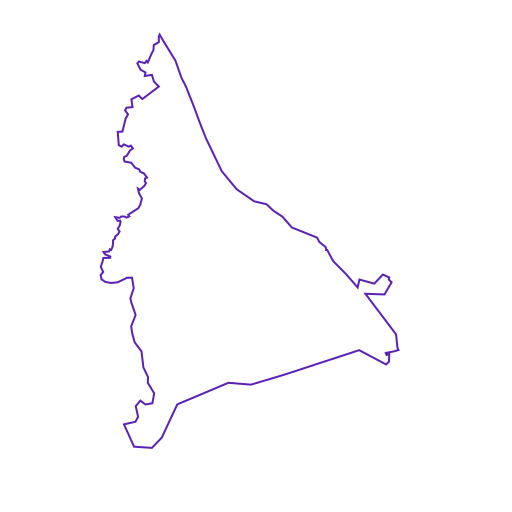 outline of Pachyammos, Nicosia, Cyprus, rotated 188°
{"feature_id": "46923920B29688207074425", "entity_name": "Pachyammos", "entity_type": "district", "adm_level": 2, "iso_a3": "CYP", "parent_name": "Cyprus", "parent_adm1": "Nicosia", "projection": "equal_earth", "projection_center": [32.589, 35.164], "detail": "fine", "context": "isolated", "style": "outline", "palette": "violet", "viewbox_px": 512, "rotation_deg": 188, "n_neighbors": 0, "source": "geoboundaries", "source_scale": "gbopen_adm2", "svg_char_len": 2111}
<svg xmlns="http://www.w3.org/2000/svg" viewBox="0 0 512 512"><g transform="rotate(188 256 256)"><path d="M198.1,282.7L206.1,284.7L224.4,289.2L235.3,298.6L245.3,303.4L252.7,308.7L265.5,309.9L284.4,319.4L301.7,335.2L322.2,366.0L331.2,382.0L337.7,394.2L348.9,414.0L354.4,421.7L363.0,438.3L377.1,455.3L382.2,461.8L382.8,459.7L382.0,454.3L386.6,450.7L386.2,445.5L387.5,442.2L390.1,432.6L391.6,434.0L392.9,431.5L399.0,432.3L400.3,430.2L396.2,424.4L391.0,422.4L391.2,418.8L384.3,420.9L381.4,414.6L375.8,410.3L390.4,395.6L394.4,398.6L401.2,393.8L399.0,386.2L404.8,384.9L406.0,382.1L402.4,378.4L404.2,374.0L405.6,360.6L410.2,359.7L407.3,346.6L404.2,345.6L402.5,348.1L397.1,346.6L395.3,347.9L392.9,345.4L395.4,343.1L398.1,337.0L400.2,335.9L400.5,333.5L399.3,331.3L392.5,331.0L388.1,326.7L383.7,325.5L382.3,323.2L378.6,322.3L374.8,318.4L376.6,317.4L376.6,314.6L375.1,312.9L376.3,309.9L380.3,305.3L382.3,306.3L380.7,302.1L377.0,297.1L377.8,290.4L379.3,286.8L388.3,279.1L387.0,277.6L389.5,276.0L391.8,276.8L395.1,276.3L396.3,274.8L400.8,274.9L398.0,271.6L396.7,271.8L395.5,272.2L394.9,271.2L395.2,267.3L396.7,263.6L394.5,261.3L395.7,258.4L398.2,255.5L398.1,253.6L399.8,251.6L399.3,248.8L399.3,245.6L400.2,241.9L401.7,242.3L402.1,240.1L407.6,238.7L405.6,236.6L400.2,235.2L400.2,233.9L406.9,232.8L407.2,229.1L408.2,223.7L405.1,218.9L407.2,215.5L405.7,211.4L401.6,209.4L395.7,209.1L389.1,210.8L380.7,216.5L375.7,217.2L372.6,207.0L374.5,196.5L373.2,193.1L367.0,180.9L369.8,169.0L367.9,162.5L364.2,153.7L356.1,145.6L352.0,130.0L346.1,121.1L345.5,115.4L337.7,105.8L338.1,95.8L344.8,93.6L350.4,96.7L354.2,90.6L350.4,80.4L352.3,75.1L363.3,70.9L350.2,50.2L332.4,51.5L324.0,63.1L313.3,98.1L265.7,126.6L243.1,127.9L212.1,142.1L140.7,177.1L112.1,166.7L109.6,169.9L110.4,177.3L113.0,176.2L114.0,178.1L106.2,180.7L101.8,182.7L103.3,185.3L106.4,197.9L142.4,233.8L123.4,235.8L118.1,248.9L121.2,251.1L121.1,253.3L122.5,253.7L127.8,255.3L135.0,245.1L150.3,247.1L151.0,239.0L164.3,250.6L176.1,259.6L179.0,261.8L186.3,271.9L187.4,271.7L187.6,272.4L188.1,274.4L195.3,278.8L198.1,282.7Z" fill="none" stroke="#5b21b6" stroke-width="2"/></g></svg>